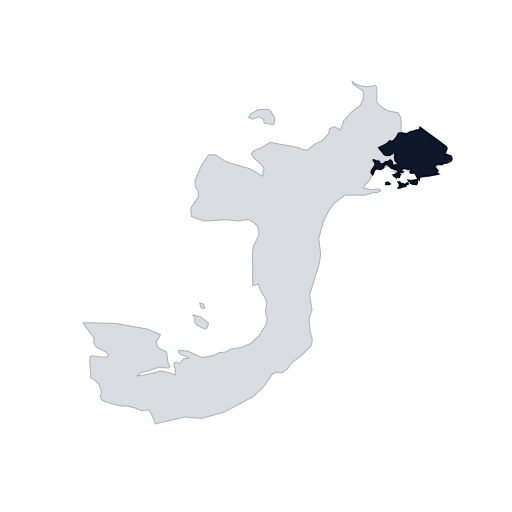 location of Bocas del Toro within Panama, rotated 127°
{"feature_id": "PAN-1958", "entity_name": "Bocas del Toro", "entity_type": "Province", "adm_level": 1, "iso_a3": "PAN", "parent_name": "Panama", "parent_adm1": "", "projection": "natural_earth1", "projection_center": [-82.341, 9.206], "detail": "fine", "context": "in_parent", "style": "filled", "palette": "ink", "viewbox_px": 512, "rotation_deg": 127, "n_neighbors": 0, "source": "natural_earth", "source_scale": "10m", "svg_char_len": 6365}
<svg xmlns="http://www.w3.org/2000/svg" viewBox="0 0 512 512"><g transform="rotate(127 256 256)"><path d="M450.9,235.6L449.6,236.7L445.6,243.2L443.5,248.8L448.6,254.7L450.1,261.0L453.0,267.8L457.6,274.6L462.6,287.3L463.8,292.3L462.4,295.6L457.6,297.7L453.2,303.6L452.0,310.8L452.8,314.4L439.5,326.0L436.1,327.9L433.8,326.1L430.9,320.3L427.5,315.6L425.6,314.0L424.6,313.9L423.5,315.0L423.0,317.5L424.8,328.4L423.4,332.8L418.8,336.2L413.7,353.8L411.6,351.6L394.5,327.8L379.5,298.3L376.4,285.0L380.3,284.2L384.0,284.5L386.0,282.5L388.3,278.6L386.4,269.6L393.6,262.7L396.3,258.1L398.3,258.6L403.0,266.5L409.9,271.0L418.3,277.5L423.5,279.0L416.9,272.2L405.5,263.1L402.3,257.2L399.3,248.9L394.8,252.5L392.8,255.5L390.5,257.2L388.5,255.2L388.1,252.5L381.4,252.0L379.7,249.6L377.9,248.2L378.7,253.4L380.1,256.5L379.4,260.4L377.2,260.7L375.3,256.7L372.9,253.1L369.7,238.1L362.1,231.0L358.6,228.6L355.7,227.7L351.5,222.9L345.9,220.4L338.2,212.9L328.9,207.5L317.5,205.6L303.6,206.8L298.9,209.8L295.8,213.5L294.3,215.3L286.1,219.6L283.0,225.9L281.1,231.2L277.0,237.2L281.6,240.8L254.9,261.1L249.7,264.1L237.6,266.2L234.9,268.3L231.2,272.4L230.7,278.5L231.3,283.7L234.8,287.7L237.9,290.2L245.4,302.3L258.6,317.6L261.1,323.2L263.2,331.4L259.2,335.3L256.1,336.9L243.5,337.6L239.2,340.9L237.4,345.9L232.7,350.1L216.5,354.1L203.7,354.6L199.8,349.9L198.8,336.6L190.2,314.0L188.1,298.4L186.0,300.3L181.4,302.1L179.9,306.0L178.8,317.5L177.1,321.4L173.6,321.1L166.4,316.9L156.8,313.1L144.5,288.7L143.2,284.2L140.8,278.7L131.4,276.4L123.3,272.3L114.5,271.6L110.0,273.9L105.4,271.0L104.6,264.3L95.4,267.3L83.6,266.3L73.0,263.4L65.8,264.9L59.7,269.7L60.5,281.8L58.8,284.2L58.5,279.3L56.4,273.5L53.8,268.8L48.5,263.9L48.2,262.1L50.3,259.6L60.0,252.5L61.2,249.6L61.4,243.4L60.5,237.5L56.1,228.8L58.6,223.4L63.6,219.1L68.7,215.7L69.6,214.2L68.6,211.3L65.6,208.1L58.6,202.7L54.4,202.3L54.3,186.7L54.5,170.1L55.5,168.5L58.1,167.5L60.2,165.0L61.3,160.0L64.4,158.3L69.9,162.1L75.5,165.4L77.9,164.3L79.6,162.7L80.9,161.1L81.3,159.6L85.8,164.0L95.0,171.8L95.5,175.7L94.7,179.4L97.2,190.0L102.0,191.5L106.8,189.5L108.0,191.4L107.1,193.4L104.6,195.6L104.0,204.7L111.9,208.9L115.9,212.7L128.9,210.9L133.8,211.9L137.1,210.8L133.4,203.5L128.5,198.1L128.9,195.7L132.6,197.5L135.5,201.2L141.9,205.7L153.8,221.6L167.4,225.5L178.1,224.9L188.1,222.8L204.1,216.6L215.6,205.5L224.9,200.5L254.7,189.9L265.3,178.8L269.8,177.4L274.1,176.0L283.5,167.6L288.5,161.1L293.8,157.8L309.6,160.2L319.9,163.3L326.9,162.9L333.7,165.0L336.7,169.8L339.8,171.8L356.5,171.3L370.2,173.7L400.3,187.7L418.3,201.7L427.8,216.4L450.9,235.6ZM149.7,345.3L145.8,345.7L137.8,342.2L132.0,335.3L131.5,333.1L131.6,330.8L134.8,323.8L139.1,321.4L140.8,321.4L144.9,329.5L142.1,332.6L143.2,337.6L149.0,341.4L149.7,345.3ZM342.4,267.4L341.0,270.9L337.7,263.1L338.2,261.0L337.9,254.0L341.1,252.1L343.4,252.0L345.4,253.0L346.6,261.3L345.6,265.0L342.4,267.4ZM104.8,175.8L104.0,179.6L98.5,172.7L101.8,171.5L102.9,171.7L104.8,175.8ZM330.5,269.0L327.3,272.7L326.1,269.2L328.3,265.6L329.1,265.6L330.5,269.0Z" fill="#d9dde1" stroke="#a8b0b8" stroke-width="1"/><path d="M62.4,157.4L66.5,159.3L69.5,162.2L70.2,162.5L70.7,162.2L71.5,163.1L72.4,165.1L73.1,166.1L73.8,166.5L75.1,166.9L76.4,167.2L77.3,167.0L77.8,165.9L78.1,162.8L78.6,161.9L79.7,162.1L80.8,162.7L81.3,162.7L80.6,159.6L81.4,160.2L88.2,166.4L92.4,171.3L95.1,172.9L97.0,171.5L96.8,172.9L96.5,174.0L94.6,177.9L94.4,178.8L94.6,180.0L95.2,180.7L96.0,181.4L96.6,182.0L96.6,182.9L95.6,183.8L93.8,183.6L93.6,184.5L93.3,185.2L93.4,185.6L93.7,185.8L94.1,185.7L94.8,186.2L95.4,187.2L95.9,188.3L96.1,189.4L96.4,190.1L99.0,191.9L99.5,191.9L100.0,191.0L100.9,190.9L101.3,190.6L100.4,189.1L101.4,189.4L101.7,190.2L102.0,191.2L102.4,191.9L103.2,192.2L103.7,191.8L104.0,190.9L103.9,189.6L104.4,189.6L104.4,190.7L104.9,191.3L105.5,191.3L105.8,191.0L105.8,190.0L106.0,189.3L106.3,189.1L106.8,189.6L106.9,189.4L106.9,189.1L107.0,189.0L107.3,189.1L107.4,189.8L107.6,190.4L107.9,190.9L108.3,191.3L108.7,191.3L108.7,190.8L109.2,190.8L109.0,192.0L109.2,194.3L108.7,195.3L106.6,193.7L105.4,193.3L103.6,193.1L102.8,193.7L102.6,195.2L102.8,196.7L103.4,197.6L103.4,198.2L103.0,198.0L101.9,197.6L102.3,198.8L104.0,199.9L104.4,200.7L103.9,206.1L103.6,206.0L103.3,205.9L103.2,205.8L102.9,205.6L104.1,206.9L105.8,207.8L107.5,208.0L108.8,207.2L111.3,208.2L112.2,208.8L112.2,209.5L113.3,211.4L113.6,211.8L113.8,212.1L113.9,212.7L114.1,213.0L114.4,213.0L115.2,212.9L116.6,213.0L120.0,211.8L120.9,211.7L120.8,212.1L120.3,214.0L118.9,214.9L117.1,215.4L114.1,215.4L112.0,215.5L110.7,216.3L109.7,218.0L109.3,219.9L108.7,220.2L108.1,219.2L107.7,217.1L107.5,216.3L106.5,215.7L106.4,214.1L107.2,213.5L107.5,212.1L107.1,211.0L105.3,209.8L102.8,209.2L102.0,208.4L101.4,207.5L100.0,207.1L98.5,206.5L98.4,205.3L98.8,204.0L99.8,203.1L100.8,201.7L101.4,200.6L100.9,200.3L99.4,199.7L98.9,199.1L99.3,197.8L99.0,196.9L98.4,196.7L97.3,198.0L96.4,200.2L96.2,202.2L94.4,204.0L93.4,205.1L91.0,206.2L90.1,207.3L90.9,208.2L92.4,208.8L95.0,209.9L96.6,211.5L97.6,213.5L97.8,215.2L97.3,216.5L96.6,219.1L96.1,221.6L95.6,223.1L89.6,220.0L86.3,218.8L83.7,218.6L82.9,216.8L82.1,216.1L81.0,215.6L76.9,215.3L72.1,216.0L70.5,214.2L70.1,213.9L69.9,213.0L68.1,209.4L67.1,208.7L63.9,207.4L60.6,204.6L59.0,203.8L58.6,203.5L58.2,203.0L58.0,202.4L57.8,201.8L57.3,201.3L56.6,201.3L54.5,202.4L54.5,201.4L54.4,187.9L54.2,178.0L54.2,171.1L54.4,169.5L55.0,168.4L56.3,167.8L60.1,167.2L61.1,166.5L61.3,165.8L60.9,165.6L60.5,165.5L60.2,165.0L59.7,162.7L58.8,160.9L58.9,160.2L59.7,158.9L61.1,157.6L62.4,157.4ZM98.0,173.2L99.9,171.5L101.1,171.0L102.4,170.9L104.4,174.3L104.9,176.4L103.9,177.8L103.9,178.4L104.2,178.8L104.3,179.0L104.2,179.3L103.9,180.0L102.9,178.1L101.4,176.3L98.0,173.2ZM112.6,180.6L114.4,181.5L115.3,182.2L116.1,183.4L114.7,183.2L113.3,183.8L112.1,185.1L111.5,187.0L111.2,186.8L110.4,185.9L110.6,185.8L110.7,185.4L110.7,183.5L110.4,182.8L109.7,182.3L109.7,181.8L110.7,182.3L110.1,180.5L109.0,179.9L107.7,179.7L106.3,178.9L106.3,178.4L106.7,178.0L107.1,177.8L107.4,177.9L107.8,178.4L108.4,178.7L109.0,178.8L109.6,178.7L110.2,178.4L110.9,178.8L112.6,180.6ZM118.0,193.0L117.7,192.6L117.7,192.2L118.2,192.4L118.4,193.0L118.9,193.2L119.3,193.3L119.6,194.0L119.8,194.6L120.2,194.8L120.8,195.1L120.7,195.6L120.0,195.9L119.5,196.3L119.1,196.2L118.4,195.6L117.8,195.2L117.5,194.6L117.5,193.9L118.0,193.0Z" fill="#0f172a" stroke="#020617" stroke-width="1.5"/></g></svg>